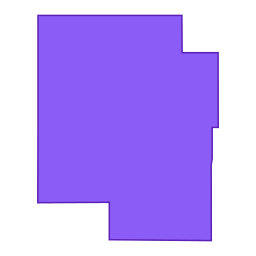 the district of Marion, Kansas, United States of America
{"feature_id": "52423323B47340881619030", "entity_name": "Marion", "entity_type": "district", "adm_level": 2, "iso_a3": "USA", "parent_name": "United States of America", "parent_adm1": "Kansas", "projection": "equal_earth", "projection_center": [-97.068, 38.347], "detail": "fine", "context": "isolated", "style": "filled", "palette": "violet", "viewbox_px": 256, "rotation_deg": 0, "n_neighbors": 0, "source": "geoboundaries", "source_scale": "gbopen_adm2", "svg_char_len": 303}
<svg xmlns="http://www.w3.org/2000/svg" viewBox="0 0 256 256"><path d="M37.8,202.7L109.3,202.3L109.3,239.7L211.3,240.6L211.2,165.0L212.2,158.7L212.2,127.4L218.2,127.4L218.1,52.7L182.1,52.7L181.9,15.4L38.0,15.4L38.0,127.7L37.9,165.2L37.8,202.7Z" fill="#8b5cf6" stroke="#5b21b6" stroke-width="1.5"/></svg>